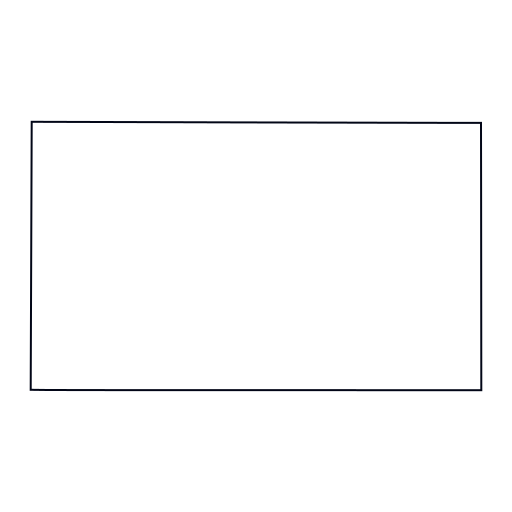 outline of Ransom, North Dakota, United States of America
{"feature_id": "52423323B99125508310727", "entity_name": "Ransom", "entity_type": "district", "adm_level": 2, "iso_a3": "USA", "parent_name": "United States of America", "parent_adm1": "North Dakota", "projection": "equal_earth", "projection_center": [-97.685, 46.457], "detail": "fine", "context": "isolated", "style": "outline", "palette": "ink", "viewbox_px": 512, "rotation_deg": 0, "n_neighbors": 0, "source": "geoboundaries", "source_scale": "gbopen_adm2", "svg_char_len": 243}
<svg xmlns="http://www.w3.org/2000/svg" viewBox="0 0 512 512"><path d="M31.7,121.8L30.7,389.8L47.4,390.0L105.6,390.1L481.3,390.2L481.1,189.2L481.0,122.9L466.5,122.9L241.4,122.4L31.7,121.8Z" fill="none" stroke="#020617" stroke-width="2"/></svg>